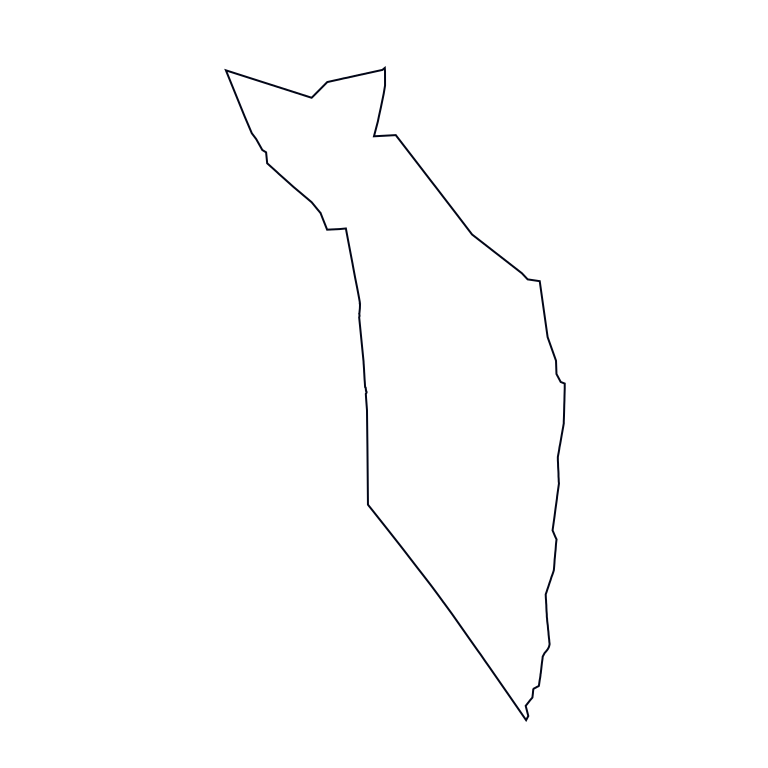 the district of Raarvihke sma 1, Nord-Trøndelag, Norway, rotated 98°
{"feature_id": "86288312B41208068814146", "entity_name": "Raarvihke sma 1", "entity_type": "district", "adm_level": 2, "iso_a3": "NOR", "parent_name": "Norway", "parent_adm1": "Nord-Trøndelag", "projection": "natural_earth1", "projection_center": [13.659, 64.821], "detail": "fine", "context": "isolated", "style": "outline", "palette": "ink", "viewbox_px": 768, "rotation_deg": 98, "n_neighbors": 0, "source": "geoboundaries", "source_scale": "gbopen_adm2", "svg_char_len": 4435}
<svg xmlns="http://www.w3.org/2000/svg" viewBox="0 0 768 768"><g transform="rotate(98 384 384)"><path d="M505.7,383.1L506.9,381.9L508.2,380.5L528.2,359.5L542.8,344.3L546.5,340.5L552.5,334.4L561.7,325.0L567.3,319.2L576.7,309.6L584.6,301.8L591.2,295.4L591.7,295.0L592.1,294.5L602.2,284.7L625.0,263.4L635.1,253.9L638.6,250.5L644.0,245.6L649.3,240.6L655.7,234.7L675.9,216.0L697.1,196.5L692.7,194.9L683.0,198.9L681.0,197.7L679.6,196.9L679.3,196.7L677.7,195.8L676.8,195.3L674.5,193.8L674.0,193.5L673.8,193.4L669.4,193.5L667.9,193.6L667.0,193.6L665.8,193.7L665.5,193.6L664.9,193.4L664.0,192.1L663.2,191.0L663.0,190.8L662.3,189.8L662.2,189.6L661.7,188.9L661.5,188.7L660.6,188.6L658.2,188.6L655.7,188.6L653.2,188.5L651.0,188.5L649.5,188.6L648.5,188.5L645.9,188.6L645.1,188.6L644.9,188.6L641.9,188.7L637.8,188.8L633.8,188.8L631.9,188.9L630.5,188.4L629.1,187.9L628.0,187.5L627.0,186.8L625.9,186.1L624.0,185.0L622.7,184.5L621.5,184.1L620.0,183.9L618.6,183.8L617.7,184.0L616.3,184.4L614.4,184.8L612.2,185.4L610.9,185.7L609.4,186.1L607.9,186.4L606.1,186.8L604.4,187.3L602.6,187.7L600.3,188.2L598.6,188.7L596.0,189.4L593.5,189.9L592.5,190.2L591.6,190.4L589.6,190.7L587.8,191.1L586.5,191.4L584.4,191.8L582.2,192.2L580.3,192.5L578.1,193.0L575.8,193.4L574.1,193.8L572.0,194.2L569.8,194.6L567.4,194.1L564.5,193.6L561.5,193.0L558.0,192.4L555.1,191.8L551.9,191.3L549.3,190.7L546.7,190.2L544.7,189.9L540.8,190.1L537.7,190.3L534.0,190.6L530.9,190.7L527.7,190.9L524.2,191.0L518.6,191.4L514.9,191.5L513.9,191.5L511.8,192.9L509.5,194.3L507.3,195.6L505.5,196.7L501.1,196.7L497.4,196.7L493.9,196.7L491.3,196.7L483.7,196.8L480.3,196.8L476.8,196.8L473.5,196.8L471.3,196.9L468.6,196.9L465.0,196.9L459.2,196.9L458.1,196.9L456.2,197.4L453.7,197.8L451.4,198.3L448.6,198.7L446.4,199.1L444.0,199.6L441.5,200.1L438.4,200.6L435.4,201.2L433.4,201.5L432.1,201.7L429.8,201.6L427.7,201.5L424.8,201.4L422.1,201.4L418.9,201.2L416.0,201.1L412.7,201.0L409.4,200.9L406.9,200.8L403.9,200.7L401.7,200.6L397.7,200.5L396.7,200.7L390.8,201.3L386.3,201.8L379.5,202.6L374.6,203.1L374.0,203.2L369.7,203.7L363.4,204.4L358.4,205.1L357.4,209.3L350.1,214.6L337.0,216.9L314.8,228.5L260.5,244.1L260.4,256.3L255.1,262.9L253.4,265.9L237.5,293.6L223.7,317.6L204.9,336.6L189.7,352.1L182.1,359.8L176.4,365.7L164.0,378.3L144.6,398.1L135.9,407.0L140.1,428.4L124.8,426.6L119.9,426.3L110.9,425.6L96.7,424.7L88.3,424.5L74.3,426.5L70.9,427.2L73.2,429.3L75.3,435.0L76.5,438.2L77.4,440.6L77.6,441.2L77.7,441.4L77.9,442.0L78.1,442.4L78.2,442.8L78.6,443.9L78.7,444.2L79.1,445.1L79.7,446.8L79.9,447.3L80.1,447.9L80.3,448.3L80.4,448.8L80.6,449.3L80.7,449.5L80.8,449.8L81.0,450.3L81.2,450.9L81.4,451.4L81.7,452.3L82.0,452.9L82.1,453.3L82.3,453.9L82.5,454.3L82.8,455.1L83.1,456.1L83.4,456.6L83.4,456.8L83.6,457.3L83.9,458.0L84.1,458.6L84.3,459.1L84.4,459.4L84.5,459.7L84.7,460.3L84.8,460.6L85.0,460.9L85.1,461.2L85.3,461.7L85.3,461.8L85.4,462.0L85.7,462.8L86.2,464.2L86.2,464.3L86.7,465.7L86.8,466.1L88.2,469.6L88.3,469.9L88.3,470.0L88.5,470.4L88.7,470.9L89.9,474.2L92.9,482.2L109.6,494.7L109.8,494.9L110.1,495.1L110.6,495.5L110.6,495.8L110.5,496.2L95.4,584.2L138.5,559.2L154.1,549.8L159.2,544.7L166.4,539.2L169.2,537.1L171.0,533.0L181.7,530.4L189.3,519.1L190.4,517.6L198.8,505.0L201.3,501.3L214.1,480.9L220.4,474.1L222.0,472.3L223.4,470.8L223.4,470.7L228.9,467.6L239.1,461.8L236.8,449.7L235.3,443.4L247.2,439.4L269.8,431.7L270.5,431.5L282.4,427.5L292.7,423.9L299.5,421.6L303.1,420.4L306.2,419.4L306.3,419.4L306.5,419.3L306.8,419.3L307.0,419.2L307.3,419.2L307.5,419.2L307.8,419.2L308.0,419.1L308.1,418.9L308.3,418.9L308.5,418.9L308.8,418.8L312.6,418.4L317.4,418.2L317.5,418.2L317.7,418.3L317.8,418.2L318.0,418.2L318.3,418.1L318.5,418.1L318.8,418.0L319.1,417.9L319.3,417.9L319.6,417.8L319.8,417.8L319.9,417.7L320.0,417.7L320.3,417.7L320.5,417.7L320.8,417.8L321.0,417.8L321.3,417.9L364.5,407.4L367.2,406.9L367.4,406.8L367.5,406.8L372.8,405.7L375.0,405.3L375.9,405.1L377.4,404.8L382.0,403.9L385.2,403.2L388.6,402.5L389.6,402.3L389.8,402.2L389.9,401.9L390.1,401.7L390.3,401.6L390.7,401.5L391.0,401.5L391.2,401.4L391.5,401.3L391.7,401.2L392.0,401.2L392.3,401.1L392.5,401.0L392.8,401.0L392.9,400.9L393.1,400.9L393.4,400.8L393.4,400.7L393.5,400.6L393.8,400.5L394.0,400.4L394.2,400.2L394.3,400.2L394.5,400.1L394.9,400.1L395.3,400.2L395.6,400.3L395.8,400.5L396.0,400.6L396.3,400.6L396.5,400.6L401.3,399.6L405.9,398.6L412.3,397.2L420.2,396.0L448.3,391.7L505.7,383.1Z" fill="none" stroke="#020617" stroke-width="2"/></g></svg>